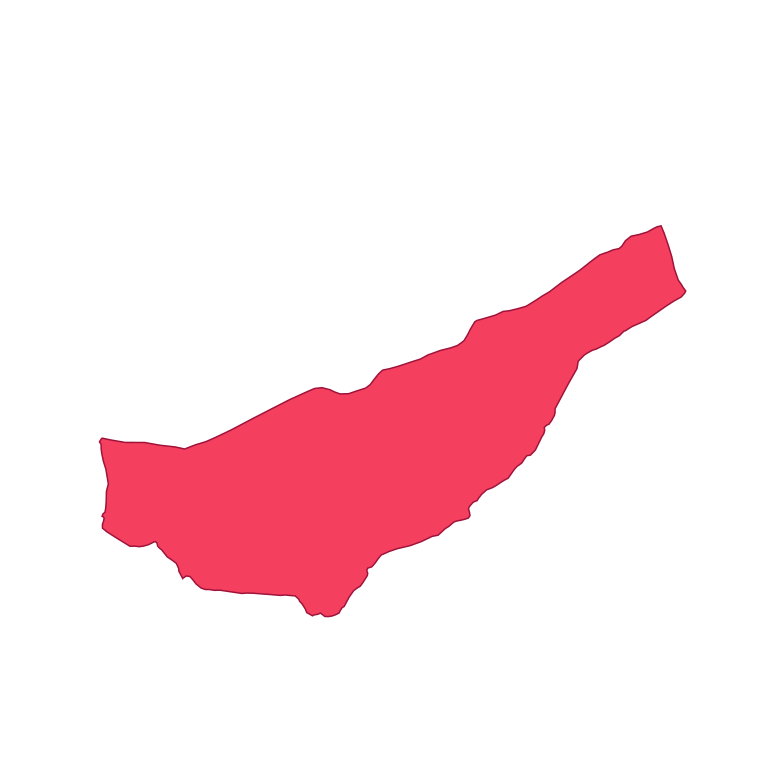 Gällivare, Norrbotten, Sweden (Mercator projection), rotated 116°
{"feature_id": "70781695B62555588892194", "entity_name": "Gällivare", "entity_type": "district", "adm_level": 2, "iso_a3": "SWE", "parent_name": "Sweden", "parent_adm1": "Norrbotten", "projection": "mercator", "projection_center": [20.036, 67.205], "detail": "fine", "context": "isolated", "style": "filled", "palette": "rose", "viewbox_px": 768, "rotation_deg": 116, "n_neighbors": 0, "source": "geoboundaries", "source_scale": "gbopen_adm2", "svg_char_len": 3027}
<svg xmlns="http://www.w3.org/2000/svg" viewBox="0 0 768 768"><g transform="rotate(116 384 384)"><path d="M230.8,190.7L223.7,186.3L211.9,176.4L206.3,173.5L190.5,164.7L182.2,159.7L175.5,155.0L170.6,153.6L168.1,153.6L166.2,157.3L164.1,160.5L161.6,165.1L153.0,173.7L143.4,181.2L134.2,189.8L125.6,198.4L120.4,204.3L123.2,207.7L126.1,209.9L131.9,213.9L137.7,220.1L142.8,226.7L149.4,229.8L156.1,230.7L159.2,232.1L163.2,237.1L167.6,240.9L173.1,246.5L178.9,249.6L184.0,252.2L187.5,253.8L196.7,258.3L215.0,268.9L228.6,275.7L235.5,280.3L240.3,283.1L246.3,286.8L252.0,290.5L257.4,296.5L263.3,303.6L266.5,308.7L273.3,314.1L281.9,323.5L286.1,328.3L288.4,329.7L296.8,330.4L303.6,330.5L309.9,331.1L312.9,332.5L317.1,334.8L322.2,339.8L329.1,348.0L338.8,357.4L345.6,362.2L351.3,368.2L356.1,373.1L362.4,379.6L368.1,386.1L372.1,391.3L377.2,393.3L384.6,395.0L390.6,396.1L395.7,398.7L402.8,406.1L408.2,411.5L412.2,419.2L412.8,425.1L412.8,430.0L414.5,438.2L418.5,444.5L425.9,450.8L439.3,461.9L452.9,472.1L471.2,485.8L492.2,501.2L506.2,512.3L513.9,518.8L521.3,526.8L529.8,534.7L532.1,544.1L537.2,558.4L541.5,573.5L550.0,591.1L554.0,604.8L556.2,613.5L557.2,614.0L560.7,614.4L562.4,611.7L565.6,610.2L569.9,607.4L576.4,602.4L582.4,596.7L594.6,588.0L602.2,586.4L610.9,582.4L617.3,579.8L621.5,578.6L624.0,579.6L626.5,579.4L626.5,577.9L627.4,576.7L630.0,576.0L633.7,575.5L637.0,573.8L638.4,567.9L639.8,555.5L641.2,541.1L639.0,537.0L637.5,532.6L634.9,528.8L631.4,525.0L627.7,522.2L626.0,520.8L626.2,518.6L628.9,516.3L629.9,514.1L630.5,511.2L634.4,503.0L635.4,496.1L636.3,492.0L639.6,487.9L642.2,486.3L647.1,479.6L646.3,479.4L643.2,477.5L642.1,474.1L643.8,469.9L646.1,465.3L647.6,458.8L647.0,454.4L645.3,450.9L643.8,446.0L641.3,441.2L634.6,420.0L631.9,415.4L629.3,409.6L625.8,400.7L623.3,394.5L619.5,384.6L617.0,380.4L614.9,374.8L613.4,371.0L614.7,366.4L616.3,364.5L617.6,361.1L620.7,356.1L623.3,353.2L623.5,349.6L623.7,346.7L622.0,345.4L620.3,342.9L617.8,340.6L618.4,337.4L618.9,335.3L617.4,332.0L615.3,329.0L613.0,326.7L609.6,324.0L607.1,324.0L603.3,323.6L601.5,322.3L590.8,321.9L583.2,320.7L579.7,319.0L576.1,316.7L571.1,315.8L563.5,315.0L561.0,315.8L559.3,317.7L556.6,317.9L553.7,314.8L548.8,313.5L543.8,312.7L539.0,311.6L536.3,309.3L532.5,306.2L526.4,300.1L517.8,289.6L509.4,281.5L499.8,273.9L496.2,269.1L487.4,265.7L483.4,263.2L479.9,261.8L476.9,260.3L475.0,258.2L472.1,254.4L469.8,251.7L467.5,249.4L464.6,249.0L462.0,250.8L459.3,253.2L457.0,253.6L454.3,252.9L450.9,251.9L448.0,249.2L445.5,249.0L440.4,247.9L434.2,245.4L429.5,241.0L425.8,238.5L421.8,236.2L418.0,233.9L414.2,231.1L404.0,229.5L400.0,228.4L394.5,225.5L389.5,224.9L385.9,224.2L383.6,221.1L376.9,219.0L369.2,219.0L362.7,219.0L358.7,218.6L355.3,219.2L352.8,220.9L349.7,219.8L347.8,218.1L343.0,217.3L337.5,217.1L334.8,217.7L331.2,219.4L302.7,218.4L285.7,217.3L282.8,218.1L278.6,219.4L276.5,218.8L270.2,216.7L267.3,215.0L262.2,211.4L259.5,208.5L255.7,205.6L252.6,203.0L247.2,199.7L241.9,196.8L237.3,193.6L231.1,191.5L230.8,190.7Z" fill="#f43f5e" stroke="#9f1239" stroke-width="1.5"/></g></svg>